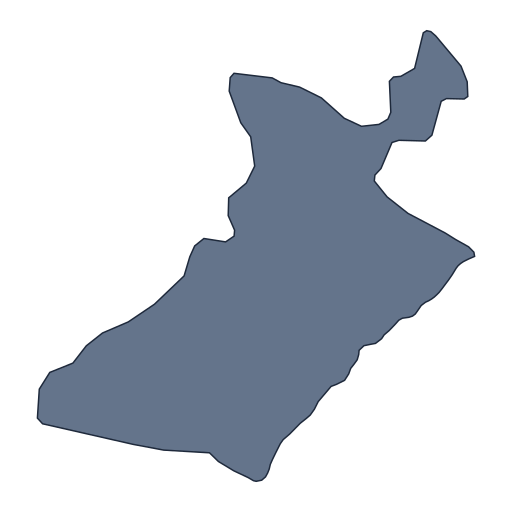 the district of San Juan Bautista, Suchitepéquez, Guatemala
{"feature_id": "79465075B53380304625786", "entity_name": "San Juan Bautista", "entity_type": "district", "adm_level": 2, "iso_a3": "GTM", "parent_name": "Guatemala", "parent_adm1": "Suchitepéquez", "projection": "mercator", "projection_center": [-91.188, 14.433], "detail": "fine", "context": "isolated", "style": "filled", "palette": "slate", "viewbox_px": 512, "rotation_deg": 0, "n_neighbors": 0, "source": "geoboundaries", "source_scale": "gbopen_adm2", "svg_char_len": 1629}
<svg xmlns="http://www.w3.org/2000/svg" viewBox="0 0 512 512"><path d="M234.0,73.3L230.2,77.6L229.2,91.1L240.8,122.8L250.7,136.8L254.7,166.1L246.3,183.1L228.7,197.8L228.2,215.6L234.6,230.2L234.1,236.1L225.6,241.9L203.9,238.5L194.7,245.9L189.8,256.8L184.1,275.9L154.5,304.2L128.3,321.9L102.5,333.0L86.3,345.8L72.9,363.1L49.8,372.4L39.3,389.1L37.4,418.1L42.6,423.8L133.3,444.4L163.7,450.1L209.5,452.8L218.4,461.5L233.8,470.8L248.2,477.6L253.5,480.7L256.2,481.3L261.7,480.2L265.5,476.9L267.6,473.1L269.2,469.1L270.3,464.4L272.5,459.4L275.7,452.8L280.3,443.7L283.2,439.6L289.7,434.0L300.2,423.3L306.7,418.1L310.2,415.1L314.4,409.2L318.2,401.6L331.1,386.4L336.6,384.3L344.6,380.3L348.7,373.9L350.7,368.4L354.0,364.2L357.2,359.8L358.7,354.6L359.1,350.3L363.9,345.7L370.6,344.3L375.5,343.4L381.6,338.7L384.1,334.9L389.0,330.7L392.4,327.2L395.8,323.6L398.8,320.2L402.4,318.2L408.9,317.3L412.5,316.1L415.3,314.0L418.4,309.6L421.2,305.5L425.5,302.2L428.6,300.8L431.6,299.0L434.2,297.1L436.8,294.7L439.1,292.4L441.8,289.0L445.6,283.9L448.1,280.6L450.2,277.6L452.2,274.7L454.4,271.1L456.1,268.3L458.1,265.7L460.6,263.5L463.4,261.6L468.6,259.0L474.6,256.4L473.9,252.2L468.6,246.8L455.6,239.5L445.2,233.0L408.0,213.4L387.1,196.9L374.3,181.0L374.9,175.1L381.0,168.5L392.0,142.5L398.9,140.3L425.4,141.0L431.9,135.2L441.2,101.3L446.4,98.6L464.2,99.0L467.8,96.5L467.2,81.8L461.0,66.1L435.8,36.0L430.8,31.6L426.7,30.7L423.3,32.8L414.6,68.4L400.9,76.3L393.5,77.0L389.4,81.3L390.8,112.3L387.9,119.1L379.0,124.4L361.5,126.3L344.3,118.3L321.4,97.9L299.6,87.1L281.0,82.7L272.2,77.9L234.0,73.3Z" fill="#64748b" stroke="#1e293b" stroke-width="1.5"/></svg>